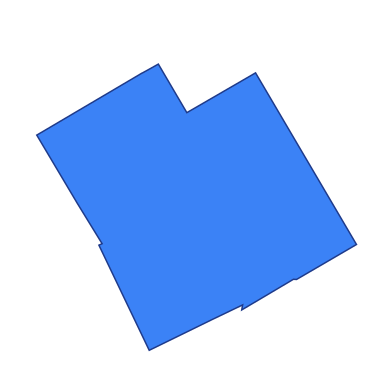 outline of Shelby, Ohio, United States of America, rotated 60°
{"feature_id": "52423323B28276778913523", "entity_name": "Shelby", "entity_type": "district", "adm_level": 2, "iso_a3": "USA", "parent_name": "United States of America", "parent_adm1": "Ohio", "projection": "equal_earth", "projection_center": [-84.19, 40.334], "detail": "fine", "context": "isolated", "style": "filled", "palette": "blue", "viewbox_px": 384, "rotation_deg": 60, "n_neighbors": 0, "source": "geoboundaries", "source_scale": "gbopen_adm2", "svg_char_len": 368}
<svg xmlns="http://www.w3.org/2000/svg" viewBox="0 0 384 384"><g transform="rotate(60 192 192)"><path d="M307.7,308.2L312.5,238.6L315.1,204.6L319.0,207.9L318.3,147.8L320.0,145.2L319.7,75.8L120.6,77.4L120.7,156.8L64.4,157.2L64.1,175.6L64.0,175.8L65.1,298.0L144.3,297.0L191.8,295.7L191.5,299.2L307.7,308.2Z" fill="#3b82f6" stroke="#1e3a8a" stroke-width="1.5"/></g></svg>